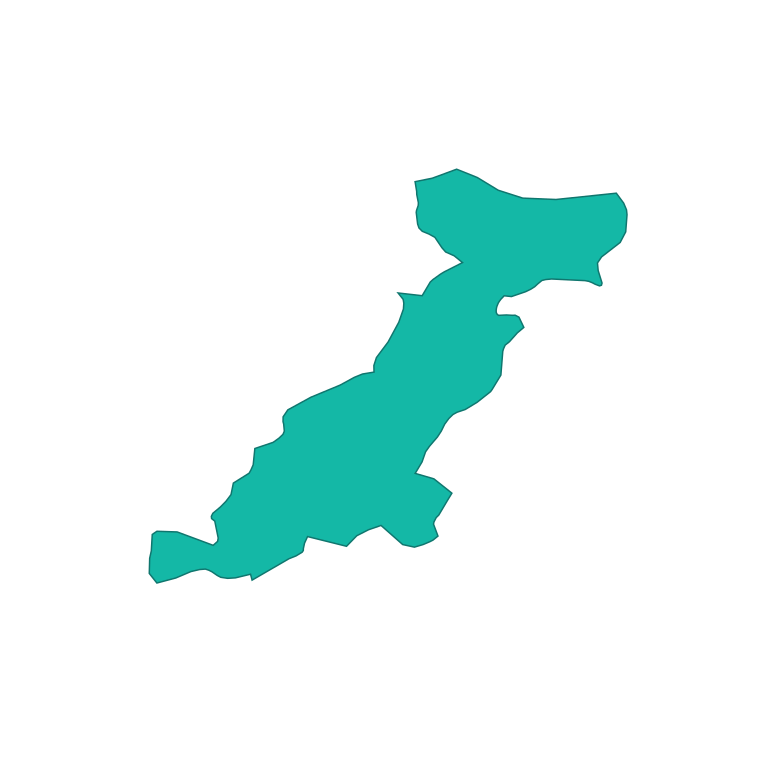 Thimphu, Equal Earth projection, rotated 60°
{"feature_id": "BTN-2439", "entity_name": "Thimphu", "entity_type": "District", "adm_level": 1, "iso_a3": "BTN", "parent_name": "Bhutan", "parent_adm1": "", "projection": "equal_earth", "projection_center": [89.534, 27.565], "detail": "fine", "context": "isolated", "style": "filled", "palette": "teal", "viewbox_px": 768, "rotation_deg": 60, "n_neighbors": 0, "source": "natural_earth", "source_scale": "10m", "svg_char_len": 2181}
<svg xmlns="http://www.w3.org/2000/svg" viewBox="0 0 768 768"><g transform="rotate(60 384 384)"><path d="M224.3,255.9L229.9,239.3L234.3,213.7L251.9,199.9L273.3,188.2L292.4,170.9L310.2,142.8L334.9,87.4L347.2,86.0L354.4,86.9L358.9,88.9L373.1,98.6L379.5,108.7L382.7,132.0L385.9,138.6L392.8,141.8L405.6,144.7L407.2,146.3L406.8,148.3L403.1,151.3L400.4,153.0L397.5,155.3L395.0,158.2L376.9,186.3L374.4,191.7L373.3,195.5L374.2,200.9L375.1,204.8L375.3,209.5L374.9,215.1L372.0,229.9L367.7,235.8L369.0,240.3L369.8,242.2L370.9,244.4L372.2,246.1L373.4,247.6L374.8,248.9L376.4,250.1L378.1,251.0L379.9,251.2L381.8,250.5L385.4,243.5L388.8,238.3L390.0,236.0L393.6,233.7L404.9,234.6L406.4,243.0L410.1,254.2L410.9,259.6L413.2,262.8L415.1,264.8L434.7,278.3L442.7,292.9L443.9,295.5L446.4,312.5L446.7,326.4L445.0,334.8L444.9,339.5L446.3,345.1L449.1,351.5L453.4,357.9L456.6,364.2L460.6,375.6L463.5,381.9L470.5,390.0L477.0,401.7L491.1,388.2L512.5,379.8L516.2,386.6L524.9,402.1L525.8,405.6L528.5,409.8L530.2,411.2L542.7,413.3L543.7,419.7L543.5,423.2L542.6,430.4L540.5,439.2L532.4,448.1L505.0,457.3L502.5,470.2L501.8,483.4L505.8,497.6L477.9,526.5L482.1,532.4L486.2,536.1L487.8,537.1L488.7,538.8L488.9,546.0L487.8,553.7L487.9,596.3L482.0,594.7L477.6,609.6L474.1,616.6L469.8,622.0L466.5,624.1L460.6,626.9L457.7,628.8L455.0,631.2L452.5,636.4L449.9,645.0L447.9,661.3L442.8,680.2L430.7,682.0L417.8,674.1L412.1,668.9L398.4,659.9L398.0,654.3L408.7,637.1L438.3,612.6L437.1,606.8L434.5,604.6L418.1,599.1L414.4,600.6L412.3,599.7L410.4,596.9L408.7,587.2L406.6,579.6L403.3,571.8L394.5,564.0L394.4,561.7L393.8,545.4L391.9,542.2L388.6,537.7L375.3,528.1L379.1,509.2L378.4,502.1L377.1,496.7L375.0,493.9L368.5,490.9L366.2,490.3L362.0,487.8L358.3,480.2L358.9,453.9L363.0,422.6L363.4,406.4L364.6,397.6L368.7,386.7L362.9,383.5L357.3,377.3L349.7,359.5L337.9,340.3L328.8,329.7L324.0,326.5L320.3,325.1L312.2,326.3L326.6,306.8L318.8,292.9L318.0,289.2L317.1,280.1L317.0,275.7L318.1,255.3L308.1,259.1L300.5,264.6L295.0,265.7L282.4,266.6L276.6,270.1L270.9,274.5L266.4,275.7L262.3,274.9L251.5,270.3L249.9,269.0L246.5,265.1L244.2,263.6L236.3,260.9L233.5,259.4L224.3,255.9Z" fill="#14b8a6" stroke="#0f766e" stroke-width="1.5"/></g></svg>